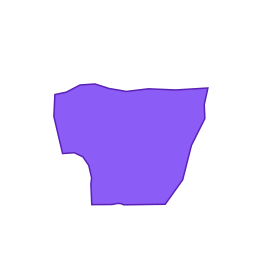 Brda, Albers equal-area conic projection, rotated 310°
{"feature_id": "SVN-1024", "entity_name": "Brda", "entity_type": "Municipality", "adm_level": 1, "iso_a3": "SVN", "parent_name": "Slovenia", "parent_adm1": "", "projection": "albers", "projection_center": [13.525, 46.021], "detail": "fine", "context": "isolated", "style": "filled", "palette": "violet", "viewbox_px": 256, "rotation_deg": 310, "n_neighbors": 0, "source": "natural_earth", "source_scale": "10m", "svg_char_len": 508}
<svg xmlns="http://www.w3.org/2000/svg" viewBox="0 0 256 256"><g transform="rotate(310 128 128)"><path d="M46.0,149.5L61.2,135.6L66.4,132.2L74.1,122.0L76.9,112.0L74.5,102.7L66.4,94.3L89.2,63.8L106.6,50.5L115.8,57.7L130.1,63.6L140.5,74.4L146.0,87.9L155.0,103.3L171.1,118.4L187.8,140.1L210.0,163.5L194.9,171.4L185.4,180.1L184.6,180.8L155.6,187.7L123.4,203.2L93.5,205.5L66.4,174.1L66.0,172.5L65.4,171.1L64.5,169.8L63.6,168.6L59.0,164.8L46.0,149.5Z" fill="#8b5cf6" stroke="#5b21b6" stroke-width="1.5"/></g></svg>